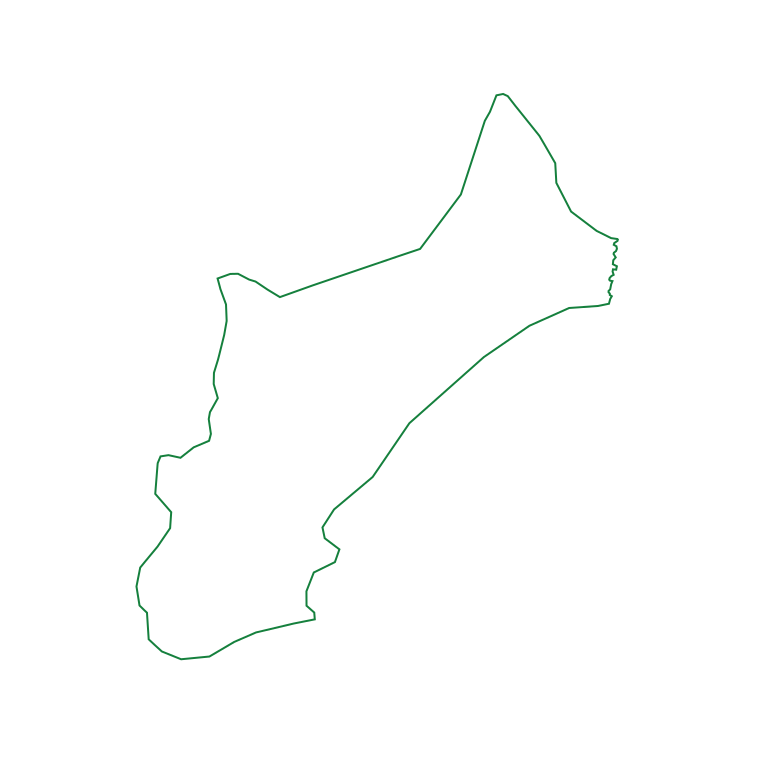 the district of Mvila, Sud, Cameroon, rotated 280°
{"feature_id": "32672807B58704883317804", "entity_name": "Mvila", "entity_type": "district", "adm_level": 2, "iso_a3": "CMR", "parent_name": "Cameroon", "parent_adm1": "Sud", "projection": "natural_earth1", "projection_center": [11.499, 2.757], "detail": "fine", "context": "isolated", "style": "outline", "palette": "green", "viewbox_px": 768, "rotation_deg": 280, "n_neighbors": 0, "source": "geoboundaries", "source_scale": "gbopen_adm2", "svg_char_len": 1577}
<svg xmlns="http://www.w3.org/2000/svg" viewBox="0 0 768 768"><g transform="rotate(280 384 384)"><path d="M265.3,175.0L236.1,177.8L220.8,196.7L204.9,198.4L184.5,189.2L167.5,179.5L160.9,175.8L141.6,175.4L123.4,181.7L119.7,187.1L117.6,190.3L107.7,192.7L91.7,196.6L87.0,203.8L82.0,211.7L77.7,232.0L85.3,259.4L104.0,281.3L117.1,301.1L132.4,336.6L140.2,356.7L146.8,355.0L152.2,346.2L166.4,343.6L186.2,347.6L200.1,366.6L213.4,368.8L221.8,352.4L232.1,348.3L251.8,356.6L290.5,389.0L349.8,415.8L427.9,477.7L466.6,517.1L491.0,553.1L498.0,581.2L502.1,591.6L507.0,592.0L510.0,593.1L510.9,590.9L512.2,590.7L513.4,589.2L514.6,589.0L516.5,590.3L521.7,590.4L525.0,591.1L525.0,588.7L525.8,587.7L527.5,587.8L529.7,589.1L531.4,591.2L534.4,589.6L536.7,589.6L536.9,592.8L537.8,592.8L540.4,592.9L541.7,588.6L545.7,588.3L548.9,590.2L551.9,587.5L553.2,587.6L555.2,589.4L557.6,589.9L560.0,589.0L561.0,586.1L562.8,586.3L565.5,589.1L566.9,589.2L567.3,588.6L567.1,582.3L571.7,566.8L586.3,538.3L612.0,518.8L631.2,514.3L647.4,500.7L655.4,493.9L678.4,467.7L680.3,465.5L689.0,455.9L690.3,450.9L687.8,444.6L670.5,441.1L660.7,437.6L584.0,426.8L523.3,396.1L512.2,375.7L468.8,296.8L451.5,266.4L456.7,253.0L462.6,239.7L463.4,233.1L467.2,221.1L465.7,213.5L459.0,201.8L451.1,205.5L449.1,206.4L434.9,214.6L420.2,217.8L418.7,218.1L404.5,218.1L384.3,216.7L379.2,216.3L365.5,214.6L363.5,214.9L354.4,216.3L341.2,222.8L328.5,218.4L326.1,217.5L319.0,217.5L306.3,221.7L304.8,222.2L297.7,221.6L288.6,207.6L276.0,196.4L276.5,184.1L273.9,176.5L266.8,174.9L265.3,175.0Z" fill="none" stroke="#15803d" stroke-width="2"/></g></svg>